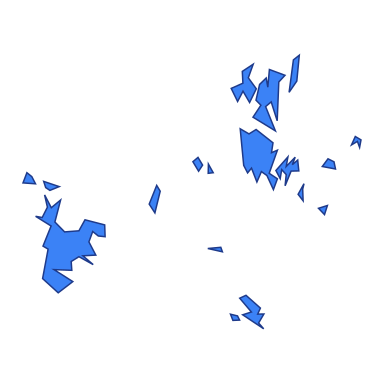 Kepulauan Anambas, Kepulauan Riau, Indonesia (Mercator projection)
{"feature_id": "22746128B99951880476592", "entity_name": "Kepulauan Anambas", "entity_type": "district", "adm_level": 2, "iso_a3": "IDN", "parent_name": "Indonesia", "parent_adm1": "Kepulauan Riau", "projection": "mercator", "projection_center": [106.153, 2.904], "detail": "medium", "context": "isolated", "style": "filled", "palette": "blue", "viewbox_px": 384, "rotation_deg": 0, "n_neighbors": 0, "source": "geoboundaries", "source_scale": "gbopen_adm2", "svg_char_len": 1892}
<svg xmlns="http://www.w3.org/2000/svg" viewBox="0 0 384 384"><path d="M44.6,194.9L47.4,207.2L42.2,217.5L35.6,216.3L51.1,226.0L43.0,246.1L48.1,249.1L42.6,278.6L58.2,292.8L72.8,281.6L54.0,269.6L71.8,270.3L71.2,261.5L78.9,256.7L93.2,264.6L82.9,255.8L95.8,255.1L88.9,241.9L92.7,231.5L98.3,236.0L105.1,236.7L104.7,224.9L85.0,219.8L78.9,230.8L64.6,231.9L54.9,222.0L60.6,200.0L51.3,207.7L44.6,194.9ZM256.1,129.5L249.0,133.9L240.2,128.8L243.7,165.4L247.6,172.9L251.5,168.1L256.9,182.0L261.4,171.6L266.9,175.5L273.4,189.6L277.4,178.8L269.2,173.3L277.4,150.2L271.5,152.7L273.0,142.8L256.1,129.5ZM285.0,75.3L269.4,69.5L267.8,87.2L266.2,78.0L259.6,84.4L256.0,100.2L260.9,105.2L253.0,117.2L275.4,130.9L265.6,106.6L271.2,101.9L277.2,120.8L278.8,82.0L285.0,75.3ZM253.2,64.2L242.3,71.4L242.9,83.2L231.2,88.4L237.6,101.5L243.0,91.2L249.6,102.5L256.3,88.8L248.3,77.8L253.2,64.2ZM246.0,295.3L239.7,298.2L251.4,312.0L242.7,314.8L263.7,328.8L258.6,323.0L263.9,314.0L257.7,314.1L260.4,308.1L246.0,295.3ZM287.9,156.9L275.9,170.5L280.2,178.6L281.7,169.6L286.2,174.6L285.1,185.8L291.1,171.1L298.8,170.9L297.7,160.1L292.3,164.7L295.2,157.2L286.2,166.5L287.9,156.9ZM156.7,185.4L149.2,204.1L154.9,212.9L160.2,191.2L156.7,185.4ZM299.3,55.2L293.4,59.9L289.1,92.3L296.8,81.1L299.3,55.2ZM59.2,186.6L43.7,181.4L45.7,187.6L49.9,190.4L59.2,186.6ZM26.9,172.7L23.0,182.9L35.5,183.8L31.8,176.6L26.9,172.7ZM328.0,158.8L322.3,166.5L335.5,169.0L334.0,161.8L328.0,158.8ZM198.0,157.4L192.9,161.7L198.6,171.2L202.6,165.1L198.0,157.4ZM304.0,183.7L298.1,194.3L303.1,200.8L302.7,189.1L304.0,183.7ZM220.8,247.3L207.8,248.5L222.4,251.8L220.8,247.3ZM355.3,136.5L351.5,144.9L357.4,141.4L359.6,147.4L361.0,139.9L355.3,136.5ZM327.4,205.5L318.5,208.3L324.5,214.6L327.4,205.5ZM230.5,314.2L232.9,320.4L239.6,320.1L237.5,315.9L230.5,314.2ZM213.2,172.7L208.4,164.1L208.2,173.3L213.2,172.7Z" fill="#3b82f6" stroke="#1e3a8a" stroke-width="1.5"/></svg>